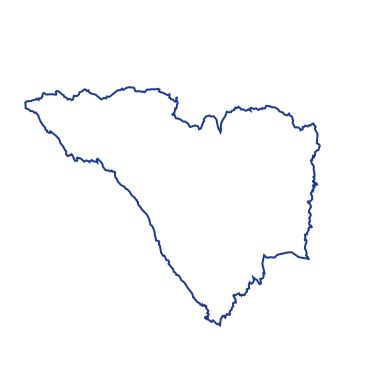 outline of Fenoarivobe, Bongolava, Madagascar, rotated 164°
{"feature_id": "10022922B23923498940873", "entity_name": "Fenoarivobe", "entity_type": "district", "adm_level": 2, "iso_a3": "MDG", "parent_name": "Madagascar", "parent_adm1": "Bongolava", "projection": "equal_earth", "projection_center": [46.41, -18.242], "detail": "fine", "context": "isolated", "style": "outline", "palette": "blue", "viewbox_px": 384, "rotation_deg": 164, "n_neighbors": 0, "source": "geoboundaries", "source_scale": "gbopen_adm2", "svg_char_len": 5938}
<svg xmlns="http://www.w3.org/2000/svg" viewBox="0 0 384 384"><g transform="rotate(164 192 192)"><path d="M211.4,64.8L209.0,61.7L207.3,62.9L206.9,62.7L204.9,58.6L204.4,58.1L202.6,58.0L202.4,56.8L201.8,56.1L199.4,62.0L198.2,62.7L197.5,63.9L196.6,64.5L195.8,64.2L194.7,62.0L194.4,62.3L194.1,64.0L192.8,63.9L192.0,65.0L189.6,63.5L189.0,64.3L189.1,65.8L188.0,67.4L186.5,67.7L185.5,69.8L183.8,70.8L183.4,73.7L181.6,74.0L180.3,73.6L180.0,74.2L180.4,75.1L179.7,76.4L180.7,80.1L180.7,81.1L180.3,81.5L178.6,80.7L177.8,81.2L174.6,81.6L174.4,79.7L173.5,79.5L173.1,78.7L172.2,79.5L170.4,78.4L169.7,78.6L168.4,80.2L166.6,81.1L166.2,83.4L163.6,83.6L163.2,86.7L161.4,89.3L160.5,87.7L159.6,87.3L157.0,89.5L156.7,93.1L154.9,90.5L153.9,89.8L152.6,85.0L151.5,84.6L150.5,86.4L150.5,89.5L149.1,89.3L147.4,89.8L146.4,91.1L145.8,94.3L144.7,93.8L144.2,103.6L140.1,111.4L138.1,108.1L134.9,107.8L130.6,106.2L127.4,108.1L116.5,107.5L112.8,106.6L107.2,99.8L98.4,95.6L98.5,97.2L99.9,99.6L98.7,101.0L98.5,104.4L99.1,106.3L98.7,107.7L97.0,110.8L96.0,111.6L95.4,113.8L95.5,114.3L96.7,114.5L96.8,115.1L95.5,117.0L95.4,119.4L94.8,120.0L93.3,119.5L92.7,120.9L90.1,123.5L90.0,124.9L89.3,125.6L88.0,125.6L86.8,125.1L86.5,125.4L87.0,127.1L87.7,127.3L88.1,128.1L88.0,130.3L86.9,131.0L86.9,132.0L86.2,132.8L86.6,134.9L85.2,135.5L85.0,136.2L84.2,136.9L84.2,138.9L85.2,139.7L84.5,142.1L81.7,145.0L81.8,147.4L83.5,150.5L82.8,151.0L81.7,150.1L78.4,151.9L77.7,155.6L78.4,157.2L78.0,158.2L76.5,159.2L75.8,159.2L76.0,160.4L75.5,160.8L74.8,160.5L74.3,162.1L73.2,162.7L74.2,164.5L73.8,165.0L73.0,165.1L71.5,164.2L70.7,165.3L69.8,164.9L70.1,166.3L72.1,166.8L72.1,167.8L72.9,168.7L72.6,169.2L71.6,168.8L70.7,170.8L71.2,172.9L70.6,173.3L69.9,173.1L69.5,174.2L68.8,180.1L67.8,183.2L68.9,186.2L69.0,189.6L67.6,189.6L67.4,190.7L66.7,191.0L65.7,193.6L65.2,193.4L65.3,191.9L65.0,191.8L64.6,192.9L63.7,193.4L62.6,196.5L60.6,197.4L58.9,197.5L56.3,201.4L57.1,203.2L58.6,204.4L55.3,213.0L56.4,218.4L56.2,219.6L55.2,220.5L55.2,221.3L56.2,222.4L56.4,224.3L57.5,224.4L59.9,223.3L61.1,224.0L62.6,223.0L64.8,224.6L66.3,223.7L67.6,223.9L68.3,221.8L70.5,221.4L70.4,222.3L71.8,224.6L73.7,225.4L74.5,225.3L75.3,226.0L76.3,230.7L75.0,232.9L75.3,234.0L75.0,236.2L75.3,237.1L76.8,238.5L77.1,240.6L79.2,239.5L80.7,240.0L82.3,241.8L82.4,243.0L85.7,245.4L86.6,248.1L89.6,250.9L92.0,251.5L93.1,252.7L96.0,254.2L97.2,254.2L98.7,252.3L100.1,252.5L101.0,253.3L102.2,252.4L103.7,253.2L105.6,252.5L107.3,254.7L109.8,254.8L111.2,256.1L112.4,256.6L113.2,255.5L113.3,254.0L114.9,256.0L116.3,255.3L118.0,255.3L120.3,257.5L122.1,257.8L122.8,259.9L123.8,261.1L125.3,260.3L126.7,261.1L127.2,260.2L128.1,260.5L128.8,259.1L131.4,259.1L132.4,258.0L134.8,258.5L136.4,259.6L139.5,255.3L142.1,253.3L145.0,249.9L146.6,246.3L146.9,243.7L148.2,241.6L149.2,246.9L148.5,254.9L150.3,258.9L152.7,259.2L154.6,260.8L157.6,260.7L160.4,258.9L160.9,256.7L161.9,256.2L165.9,250.7L168.0,250.4L168.0,253.3L170.4,255.0L176.0,255.0L176.4,255.7L176.8,258.7L179.1,261.6L181.1,262.1L182.7,264.4L184.4,266.0L187.2,267.4L187.5,271.2L189.4,271.5L189.4,272.2L188.2,272.5L186.7,273.6L185.1,276.9L184.5,276.4L183.3,277.6L182.3,280.4L181.2,281.3L181.2,283.2L181.7,284.3L180.6,286.9L181.1,286.9L181.6,285.9L181.9,283.7L183.4,283.5L185.1,286.4L186.7,287.1L187.0,288.5L187.8,289.1L187.2,290.3L186.8,292.1L188.6,291.8L192.8,295.6L195.1,296.8L196.1,298.1L195.0,299.4L196.1,300.6L198.6,300.7L203.2,302.1L204.8,302.0L206.4,302.8L207.5,302.7L208.6,301.7L210.3,301.0L211.0,301.8L213.2,302.4L214.8,303.5L218.3,304.2L218.9,305.2L218.8,307.2L219.3,308.4L223.7,310.1L226.3,310.1L230.2,309.2L230.7,309.5L230.8,310.5L233.3,309.6L235.4,310.3L244.9,306.3L245.7,306.3L247.5,307.3L248.8,305.6L250.6,306.7L253.7,306.0L257.9,312.2L262.3,314.8L263.3,316.1L263.7,318.4L265.3,318.0L266.0,319.8L266.6,320.2L268.2,320.0L269.5,319.1L272.7,318.8L273.7,317.0L275.9,316.1L276.7,316.0L279.1,317.1L280.6,314.1L282.1,313.4L283.9,315.3L285.9,315.1L286.6,317.2L288.6,318.6L288.7,320.6L289.9,321.4L291.5,324.3L293.9,326.4L295.4,325.7L295.3,323.7L295.9,323.0L299.4,324.5L305.3,325.9L306.8,327.8L307.8,327.9L308.7,327.2L309.2,325.2L310.1,324.9L311.1,323.6L313.5,324.2L314.0,322.8L315.9,324.6L316.5,323.9L320.6,324.1L321.6,323.7L325.4,324.7L327.5,324.0L328.8,318.4L326.4,316.6L324.9,314.3L322.6,313.4L321.5,311.5L320.2,311.5L318.6,307.5L318.7,306.0L318.1,300.9L317.4,299.4L317.3,298.2L315.4,294.4L315.8,292.6L314.5,291.2L314.7,289.8L312.3,287.8L311.7,288.0L311.7,289.3L311.2,289.2L307.6,284.1L305.7,280.7L305.1,278.8L305.1,275.6L303.3,271.3L302.6,267.3L301.7,265.8L302.6,262.9L301.8,261.0L301.1,260.7L299.6,261.2L298.6,260.7L297.4,261.5L296.8,260.2L295.9,254.2L293.6,253.8L293.3,254.3L293.3,256.4L292.5,256.6L289.5,254.6L287.2,250.8L285.0,251.6L283.1,250.2L282.2,248.9L281.1,250.0L279.5,250.4L279.0,249.1L275.6,247.4L274.9,246.4L274.5,249.6L273.6,250.0L270.8,245.0L270.4,243.0L270.7,240.9L269.0,236.6L266.5,235.9L264.7,234.2L263.3,234.7L262.4,233.3L261.4,233.1L260.5,232.3L261.5,228.8L261.6,227.2L260.7,225.7L260.4,222.4L258.6,218.8L257.6,217.5L255.5,215.7L254.7,213.3L253.4,212.3L251.9,209.5L250.7,205.1L248.8,202.7L247.9,199.9L247.3,199.4L247.3,197.9L246.7,197.0L247.2,195.8L247.2,194.8L245.5,191.2L245.2,189.4L241.5,182.5L240.6,177.0L241.0,172.0L239.7,170.3L239.1,167.4L239.1,162.8L239.7,160.5L239.5,158.1L239.9,155.3L237.9,154.3L237.2,153.4L238.3,150.6L237.7,149.3L238.4,142.0L237.8,140.6L237.7,138.9L236.0,138.4L235.4,133.6L233.5,132.7L233.3,130.8L234.4,129.4L232.4,125.3L232.3,124.2L231.4,123.2L231.6,120.4L230.6,119.6L230.0,118.3L229.9,116.6L228.6,116.2L227.5,114.7L227.0,113.4L226.7,110.6L224.0,106.5L222.5,100.9L219.9,94.5L219.7,92.2L220.0,90.6L219.2,90.1L219.4,89.3L218.1,87.2L218.0,86.3L216.5,83.9L215.3,83.0L215.1,81.7L214.2,80.6L213.2,81.3L212.9,79.7L211.5,79.9L211.4,78.9L210.2,79.0L209.7,78.2L210.4,76.3L209.0,73.3L210.8,71.4L209.7,70.6L209.9,69.3L210.7,68.8L211.3,67.2L212.5,68.3L214.0,68.0L214.2,67.5L212.8,65.6L211.4,64.8Z" fill="none" stroke="#1e3a8a" stroke-width="2"/></g></svg>